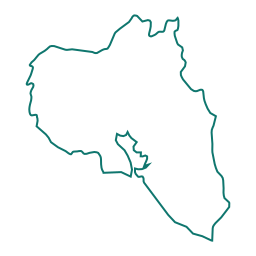 Cienfuegos, Equal Earth projection
{"feature_id": "CUB-1319", "entity_name": "Cienfuegos", "entity_type": "Province", "adm_level": 1, "iso_a3": "CUB", "parent_name": "Cuba", "parent_adm1": "", "projection": "equal_earth", "projection_center": [-80.492, 22.206], "detail": "fine", "context": "isolated", "style": "outline", "palette": "teal", "viewbox_px": 256, "rotation_deg": 0, "n_neighbors": 0, "source": "natural_earth", "source_scale": "10m", "svg_char_len": 3086}
<svg xmlns="http://www.w3.org/2000/svg" viewBox="0 0 256 256"><path d="M212.2,240.6L211.4,240.5L202.3,236.2L193.0,233.6L186.5,226.8L175.0,222.2L168.2,214.9L144.1,182.7L143.6,181.4L143.6,179.8L143.5,178.2L142.6,176.6L141.6,176.4L138.9,176.9L138.0,176.6L135.7,173.9L135.0,172.1L135.0,168.5L138.2,169.3L142.0,169.1L145.8,167.6L148.7,164.5L145.3,165.6L144.1,166.3L145.0,163.8L146.2,161.2L147.1,158.8L147.1,156.4L145.3,155.5L142.7,156.4L140.7,156.3L140.9,152.4L136.6,152.4L133.8,150.2L133.5,146.6L136.7,142.1L131.4,138.1L129.3,135.5L127.6,132.0L126.1,135.0L123.4,136.1L120.2,135.6L117.0,133.9L115.8,140.2L117.9,144.2L124.5,150.2L127.7,155.7L130.6,162.5L132.0,169.6L130.7,176.6L121.2,172.1L103.6,172.8L103.6,172.7L102.0,169.5L101.5,167.7L101.1,164.3L101.0,159.2L100.8,157.6L100.4,156.3L99.7,155.1L98.2,152.9L96.7,152.3L94.3,152.0L89.7,152.8L86.6,153.8L84.5,153.9L83.5,153.4L82.1,151.7L81.0,151.0L78.9,151.1L77.3,151.4L73.8,151.6L72.9,151.9L72.3,152.6L71.7,153.5L71.1,154.2L70.3,154.2L68.7,153.4L65.6,151.1L57.9,147.2L51.0,142.2L48.6,137.7L45.9,134.4L36.6,126.3L37.6,120.8L37.4,118.3L37.0,117.2L36.9,115.9L36.7,115.2L36.2,114.9L35.4,114.8L31.8,115.4L30.9,115.1L30.3,114.4L29.9,113.5L29.5,111.9L29.3,109.3L29.5,107.1L30.0,104.5L31.1,100.4L31.4,98.0L31.4,96.5L30.8,94.6L30.5,93.4L30.8,91.8L31.4,90.1L33.2,86.9L33.5,85.3L33.2,84.1L32.4,83.6L31.7,83.3L31.1,83.2L30.4,83.5L29.4,84.1L28.3,84.6L27.4,84.7L26.9,84.5L26.7,83.9L27.2,82.4L30.6,75.4L31.3,73.4L32.8,68.6L32.9,67.3L32.5,66.7L31.7,66.1L30.5,65.9L29.9,65.5L29.8,64.9L31.5,62.4L34.1,60.1L35.3,58.7L36.0,57.8L38.6,54.7L39.9,53.7L44.6,50.9L47.2,48.9L48.1,48.0L50.0,46.4L51.7,46.0L54.2,46.1L65.3,49.7L66.9,49.9L72.1,49.3L92.4,52.0L94.5,52.9L95.6,53.1L97.0,53.0L101.9,50.2L103.4,49.5L104.7,49.1L106.6,48.9L107.5,48.6L108.4,47.4L109.9,44.9L114.7,33.6L115.5,32.4L119.9,28.7L129.0,22.0L131.7,18.2L132.3,17.0L133.1,16.1L134.2,15.4L136.1,15.6L137.2,16.0L142.4,21.5L147.9,20.1L149.8,20.6L150.8,22.2L150.7,26.5L150.2,29.2L149.2,33.2L149.0,34.5L149.1,35.3L149.5,35.9L150.4,36.3L151.6,36.3L154.1,35.2L155.6,34.4L158.0,32.3L159.0,31.8L160.2,31.7L161.9,31.8L163.1,31.7L163.8,31.2L164.3,30.4L165.9,23.9L166.7,21.9L167.5,20.8L168.2,20.4L169.5,20.4L172.6,20.8L174.0,20.7L175.3,20.4L176.0,19.9L177.0,18.5L177.6,17.9L178.0,18.8L178.4,20.7L178.4,25.9L178.0,28.4L177.5,29.9L176.9,30.3L176.0,30.6L175.3,31.0L174.6,31.7L174.5,33.2L174.8,35.8L177.2,43.0L178.0,44.5L182.2,47.4L182.9,50.4L182.0,53.0L181.7,55.1L181.8,56.8L182.7,58.9L184.3,60.0L185.1,61.1L185.7,62.4L185.0,66.3L180.8,72.0L180.9,75.1L181.7,77.0L183.0,79.4L191.0,89.1L193.8,90.9L195.3,91.2L196.9,91.1L200.2,89.8L201.3,89.7L202.3,89.9L202.8,90.5L203.2,91.5L203.9,98.1L204.5,100.8L205.7,104.2L207.6,108.6L210.3,113.0L215.9,116.2L213.5,125.7L212.7,127.4L211.8,129.9L211.6,132.6L212.4,144.0L212.3,149.8L212.4,152.3L214.7,164.0L215.9,168.0L217.4,171.7L221.5,176.0L222.7,178.0L223.2,180.4L223.6,188.3L223.5,192.7L223.8,195.5L224.5,198.1L229.0,202.3L229.3,203.0L229.2,207.0L221.3,217.3L215.3,223.3L213.7,225.4L213.0,226.8L212.7,228.3L212.2,240.6L212.2,240.6Z" fill="none" stroke="#0f766e" stroke-width="2"/></svg>